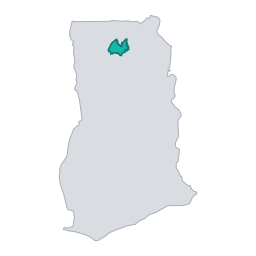 Mamprugu Moagduri, Northern, Ghana shown in context
{"feature_id": "2480657B18075285363234", "entity_name": "Mamprugu Moagduri", "entity_type": "district", "adm_level": 2, "iso_a3": "GHA", "parent_name": "Ghana", "parent_adm1": "Northern", "projection": "robinson", "projection_center": [-1.366, 10.258], "detail": "fine", "context": "in_parent", "style": "filled", "palette": "teal", "viewbox_px": 256, "rotation_deg": 0, "n_neighbors": 0, "source": "geoboundaries", "source_scale": "gbopen_adm2", "svg_char_len": 5726}
<svg xmlns="http://www.w3.org/2000/svg" viewBox="0 0 256 256"><path d="M157.6,17.2L159.6,19.3L160.0,20.5L159.3,25.1L157.9,28.2L156.9,31.2L157.1,32.7L158.0,34.2L161.0,36.6L162.5,38.1L164.3,40.4L166.4,42.7L170.0,45.6L171.5,46.1L171.5,47.0L171.0,48.1L170.7,59.0L170.4,61.9L170.1,63.3L169.8,67.4L169.4,68.0L168.7,67.9L168.1,68.1L168.0,68.9L168.2,69.7L170.4,70.3L169.9,70.9L168.3,71.5L167.6,72.7L167.9,74.1L167.0,75.3L167.3,76.0L167.8,76.6L168.7,76.4L171.3,74.5L172.3,74.3L173.6,74.7L176.1,77.6L176.2,79.0L175.2,83.8L174.2,87.5L174.0,92.5L175.1,95.3L174.9,96.8L173.8,98.1L171.3,100.0L171.5,101.4L172.7,103.8L174.8,106.5L178.9,109.9L181.1,114.3L181.1,116.1L179.9,117.8L178.4,119.4L177.9,121.6L178.6,136.3L175.3,142.7L175.3,144.5L175.6,146.6L176.5,147.9L178.2,148.3L179.5,149.5L179.0,154.0L178.3,158.5L178.2,160.7L177.8,161.8L176.5,162.6L176.1,164.1L176.4,165.9L176.1,167.2L176.8,168.9L178.3,171.0L180.7,176.3L181.6,176.7L182.0,177.8L181.8,178.9L182.7,181.2L185.4,183.5L188.2,185.6L190.4,185.8L190.9,187.7L192.4,190.0L193.5,191.0L195.2,191.7L196.6,192.0L196.7,194.0L194.2,195.3L192.4,197.3L191.1,200.4L189.3,203.8L183.1,205.5L180.7,205.6L167.9,205.6L156.0,212.3L149.1,214.7L144.8,218.4L139.1,221.1L135.2,224.3L126.9,225.9L113.3,230.9L109.1,233.0L104.8,236.5L97.8,240.6L95.0,240.6L89.6,236.7L85.5,234.8L75.4,231.8L67.9,230.7L64.3,229.4L63.3,229.2L64.1,227.8L66.2,227.7L68.4,228.1L70.1,227.0L72.5,226.9L73.2,225.8L73.4,223.0L73.4,220.7L74.2,219.7L74.4,217.1L73.2,211.2L72.4,210.5L68.0,209.7L67.7,208.5L66.9,207.3L66.1,204.2L65.1,199.7L63.6,194.1L60.6,184.9L59.9,181.6L59.4,178.3L59.3,174.3L59.9,172.8L59.8,170.8L59.6,168.7L61.6,164.0L65.7,158.3L66.6,156.2L67.3,154.7L67.4,152.7L68.2,145.9L70.1,137.8L71.3,134.8L72.2,133.1L73.2,130.4L73.4,129.2L77.2,126.0L78.9,125.1L79.3,123.9L78.7,122.5L78.9,121.6L79.8,121.1L81.2,120.7L82.2,119.4L80.7,109.4L79.4,99.4L79.3,98.6L78.6,97.2L77.8,93.1L76.5,90.7L74.8,90.0L74.8,87.7L76.6,83.9L77.0,81.6L76.2,81.0L76.1,79.2L76.7,76.4L76.4,74.7L76.1,72.8L74.2,68.4L73.8,65.3L74.7,63.5L74.7,59.6L73.7,53.5L73.5,49.6L74.2,48.0L73.9,46.5L72.6,45.0L72.5,43.6L73.6,42.3L73.5,41.2L72.0,40.4L70.8,38.5L69.6,35.6L69.9,30.8L72.0,22.0L72.3,21.3L74.7,21.3L74.7,21.7L82.2,21.6L90.8,21.5L101.0,21.4L110.3,21.3L110.7,20.9L112.2,20.4L121.6,21.3L127.5,20.9L130.0,21.2L131.8,21.8L135.9,21.4L138.1,21.6L139.7,23.8L140.3,23.8L141.3,22.9L142.9,21.8L144.5,21.0L145.7,19.3L146.4,18.0L147.5,18.2L149.0,18.1L150.1,17.0L150.5,15.4L157.6,17.2Z" fill="#d9dde1" stroke="#a8b0b8" stroke-width="1"/><path d="M110.7,53.7L110.8,53.6L110.9,53.4L111.2,53.2L111.3,53.2L111.5,53.2L111.8,53.1L111.8,53.4L111.9,53.5L111.9,53.8L112.0,53.9L112.4,53.8L112.5,53.6L112.8,53.4L113.1,53.5L113.3,53.4L113.5,53.2L113.8,53.0L114.0,52.9L114.3,52.8L114.7,52.8L115.0,52.8L115.3,52.8L115.6,53.0L115.8,53.1L116.0,53.2L116.1,53.3L116.2,53.2L116.3,53.2L116.5,53.1L117.0,53.2L117.3,53.2L117.5,53.1L117.4,53.3L117.9,53.6L118.3,53.8L118.8,54.0L119.1,54.2L119.3,54.1L119.2,54.2L119.4,54.5L119.5,54.5L119.9,55.2L120.1,55.1L120.3,55.2L120.3,55.3L120.6,55.3L120.8,55.2L121.1,55.2L121.1,55.3L121.3,55.3L121.3,55.5L121.5,55.5L121.5,55.4L121.5,55.2L121.4,55.2L121.8,54.2L122.3,53.3L123.7,52.6L123.9,52.5L124.2,52.4L124.5,52.2L124.5,52.3L124.8,52.4L125.0,52.2L125.1,51.8L124.9,51.6L124.8,51.4L125.0,51.1L125.4,49.8L125.5,49.9L125.8,49.9L126.0,50.0L126.3,50.1L126.5,50.3L126.7,50.6L126.9,50.7L127.0,50.8L127.2,50.5L127.3,50.4L127.2,50.2L127.4,49.9L127.5,49.8L127.8,49.9L128.3,49.7L128.5,49.6L128.7,49.4L128.5,49.2L128.4,48.9L128.2,49.0L127.9,48.9L128.0,48.8L128.1,48.6L128.4,48.6L128.5,48.4L128.5,48.1L128.4,47.8L128.4,47.7L128.5,47.3L128.6,47.2L128.4,47.1L128.1,47.1L127.8,47.0L127.8,46.9L127.7,46.7L127.4,46.5L127.4,46.4L127.3,46.1L127.5,45.9L127.5,46.0L127.8,46.1L128.0,46.1L128.1,45.9L127.8,45.7L127.7,45.6L127.2,45.6L126.9,45.5L126.9,45.4L126.9,45.2L126.8,44.9L126.7,44.9L126.3,44.7L126.2,44.7L126.2,44.4L126.2,44.2L126.3,44.1L126.5,44.2L126.8,44.0L126.9,43.9L127.1,43.7L127.2,43.4L127.2,43.1L126.9,42.9L126.9,43.0L126.7,42.7L126.8,42.3L126.8,42.1L126.7,41.9L126.4,41.7L126.4,41.4L126.3,41.1L126.3,40.8L126.4,40.7L126.5,40.8L126.8,40.5L126.9,40.4L127.0,40.1L126.9,39.9L126.7,39.9L126.5,39.7L126.6,39.2L126.4,39.3L125.8,39.4L125.8,39.5L125.7,39.5L125.4,39.7L124.7,40.3L124.6,40.5L124.2,41.1L123.7,41.9L123.0,42.2L122.1,42.5L121.8,42.6L121.7,42.8L121.6,43.0L121.7,43.5L122.1,44.1L122.2,44.3L122.3,44.8L122.3,45.0L122.2,45.4L122.1,45.6L121.9,45.7L121.9,45.8L121.9,46.0L121.7,46.1L121.8,46.3L121.7,46.4L121.4,46.3L121.4,46.5L121.2,46.5L121.3,46.6L121.2,46.7L120.9,46.4L120.9,46.2L121.0,46.0L120.9,45.7L120.7,45.6L120.4,45.3L120.5,45.2L120.4,44.9L120.4,45.0L120.0,45.1L119.9,44.9L119.7,45.0L119.5,44.9L119.2,44.9L118.9,44.8L118.7,44.7L118.8,44.7L118.8,44.4L118.6,44.4L118.4,44.2L118.3,44.3L118.2,44.3L118.2,44.2L118.2,43.9L118.2,43.6L118.0,43.3L117.9,43.1L117.6,43.1L117.3,43.0L117.2,42.8L117.0,42.7L117.0,42.4L116.9,42.1L117.0,42.1L117.3,42.1L117.5,41.8L117.6,41.6L117.4,41.5L117.3,41.4L117.6,41.3L117.6,41.1L117.6,40.9L117.4,40.7L117.2,40.5L117.1,40.3L117.3,40.3L117.3,40.2L117.2,40.0L117.0,39.9L116.9,39.8L116.7,39.7L116.4,39.4L116.3,39.5L116.1,39.6L115.9,40.0L115.7,40.0L115.4,40.0L115.1,40.2L115.0,40.3L114.9,40.4L114.8,40.5L114.7,40.5L114.4,40.8L114.2,41.0L113.2,41.8L112.8,42.1L112.6,42.3L112.0,43.0L111.2,43.9L111.0,44.2L109.7,47.0L108.9,48.6L108.8,48.8L108.8,49.1L108.7,49.2L108.7,49.3L108.6,49.5L108.4,49.8L108.3,50.0L108.3,50.3L108.4,50.5L108.5,50.6L108.7,50.8L108.9,50.8L109.0,50.9L109.0,51.0L109.1,50.9L109.2,51.0L109.3,51.1L109.3,51.3L109.4,51.5L109.5,51.5L109.8,51.7L110.0,51.7L110.3,51.7L110.4,51.9L110.4,52.1L110.5,52.4L110.4,52.5L110.5,52.7L110.6,52.8L110.6,53.0L110.6,53.3L110.7,53.5L110.7,53.7Z" fill="#14b8a6" stroke="#0f766e" stroke-width="1.5"/></svg>